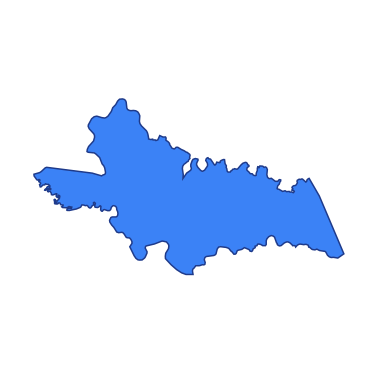 the district of Boane, Maputo, Mozambique, rotated 98°
{"feature_id": "85939544B68927430168058", "entity_name": "Boane", "entity_type": "district", "adm_level": 2, "iso_a3": "MOZ", "parent_name": "Mozambique", "parent_adm1": "Maputo", "projection": "robinson", "projection_center": [32.342, -26.029], "detail": "fine", "context": "isolated", "style": "filled", "palette": "blue", "viewbox_px": 384, "rotation_deg": 98, "n_neighbors": 0, "source": "geoboundaries", "source_scale": "gbopen_adm2", "svg_char_len": 6107}
<svg xmlns="http://www.w3.org/2000/svg" viewBox="0 0 384 384"><g transform="rotate(98 192 192)"><path d="M261.9,169.2L260.0,169.1L257.4,170.4L255.3,170.2L254.2,169.3L253.8,168.6L251.8,161.5L250.8,160.1L249.9,159.6L245.0,159.1L242.9,158.0L242.2,156.2L242.1,150.6L242.5,148.5L242.9,147.5L245.1,145.2L245.5,144.3L247.8,141.8L247.4,140.3L246.6,139.7L244.0,139.1L243.3,138.3L241.9,134.7L239.8,132.3L241.1,127.4L242.5,126.3L242.6,124.6L241.7,123.9L239.8,123.5L238.3,121.7L236.9,122.0L236.1,120.2L234.6,119.8L234.2,118.5L234.4,116.5L235.3,114.5L234.9,111.8L233.6,111.2L229.9,111.7L227.9,111.3L225.6,109.8L224.1,107.6L224.3,105.6L225.2,104.0L230.6,101.2L231.2,100.4L232.2,100.2L232.9,99.1L233.2,97.7L232.6,96.2L229.5,93.4L228.2,91.2L228.1,89.8L228.7,88.0L230.3,85.7L231.2,84.8L230.8,83.5L231.0,82.3L232.1,81.7L229.9,80.2L228.8,78.6L228.5,77.4L228.6,73.9L228.1,72.7L228.0,71.3L228.6,69.4L230.3,68.8L230.4,67.8L231.9,65.6L232.2,64.7L232.2,62.2L231.2,60.4L232.2,57.6L232.3,52.0L232.9,51.1L235.8,49.0L237.1,47.0L237.5,45.1L237.0,42.8L237.1,38.4L232.1,33.0L178.2,65.4L162.2,77.9L162.6,78.6L163.8,79.7L165.6,80.0L166.3,80.7L163.8,84.4L163.9,85.5L164.5,86.3L164.4,87.7L165.8,89.4L166.8,89.5L168.2,88.9L170.4,89.8L171.3,90.8L171.5,91.9L172.1,92.8L173.3,93.6L173.8,93.6L174.8,92.6L176.2,93.4L176.4,91.7L177.1,90.8L178.5,91.4L178.5,92.2L178.0,93.3L178.5,94.8L177.9,95.8L178.5,98.5L177.8,100.0L178.8,102.3L177.2,106.3L177.1,107.9L176.7,108.2L173.9,108.0L172.1,106.7L169.8,106.3L168.8,105.7L167.7,105.8L167.5,106.8L167.8,107.5L169.5,108.6L169.8,111.0L167.4,115.3L168.0,117.3L167.8,118.1L166.8,119.3L164.4,120.3L159.3,120.5L157.6,121.5L157.0,122.5L157.0,123.1L157.6,124.0L156.6,125.5L156.7,127.8L156.9,128.6L158.6,129.0L158.6,129.5L157.8,130.0L157.8,130.4L159.6,130.6L161.5,130.3L164.4,131.0L166.5,130.8L166.9,131.3L167.0,132.8L166.6,133.8L165.6,134.8L165.7,136.9L164.2,138.5L163.0,140.4L162.1,140.9L160.7,140.8L160.1,140.7L158.7,139.2L157.8,139.3L157.4,139.8L157.3,140.6L156.0,141.3L155.3,142.1L155.2,143.3L156.4,145.6L158.3,147.2L162.8,150.0L163.2,150.8L163.0,153.2L163.5,153.6L163.8,154.8L165.3,155.7L165.9,156.6L166.8,156.8L167.2,158.2L167.1,159.4L166.4,160.1L164.1,160.8L162.9,161.6L161.3,161.6L159.3,163.2L155.4,164.3L155.5,165.5L156.7,167.5L157.7,168.4L158.8,168.3L159.1,168.7L159.0,171.7L160.9,172.1L162.1,173.0L162.1,173.5L157.0,178.1L156.8,178.5L156.8,179.9L155.8,181.0L156.1,181.7L157.3,182.6L158.9,182.8L161.0,181.0L162.6,180.4L164.1,180.3L168.7,182.6L170.0,184.5L169.8,185.6L169.1,186.8L166.8,189.6L164.6,191.2L162.8,191.4L159.5,190.4L158.6,190.8L158.4,193.4L159.5,195.5L161.0,196.2L164.7,197.0L166.7,196.8L168.7,195.9L170.1,196.1L171.0,196.7L174.0,199.9L179.8,202.8L176.0,203.1L170.1,204.8L167.8,204.8L165.7,203.8L164.2,202.2L163.1,201.4L162.2,200.1L160.7,199.8L159.2,198.7L158.0,199.2L156.1,199.0L155.1,199.4L153.4,202.3L153.3,203.3L152.2,205.6L151.3,208.7L149.7,212.3L149.9,213.9L151.6,215.2L151.8,215.7L151.4,217.9L148.0,220.8L147.0,221.0L145.6,222.6L144.4,225.0L142.1,225.2L141.2,225.9L141.6,228.4L140.6,231.8L145.1,233.1L146.1,234.9L145.5,235.8L145.8,236.8L145.7,238.5L145.2,238.5L145.8,240.4L145.5,242.4L144.9,242.4L141.3,243.6L139.3,244.5L137.7,245.7L133.6,251.2L131.5,253.1L129.4,253.9L123.8,254.3L121.6,255.6L120.2,256.9L119.4,259.0L119.4,261.3L120.0,263.9L119.9,265.5L119.3,267.2L118.0,268.2L112.1,269.7L110.5,270.7L109.7,272.1L109.5,273.8L110.2,276.7L112.3,278.3L116.1,279.7L119.5,282.2L123.4,283.1L128.5,285.7L130.2,287.4L130.9,288.8L130.9,291.7L130.2,296.3L130.2,297.1L131.1,299.4L133.5,301.6L140.0,304.0L141.6,303.9L143.7,302.6L148.0,297.4L149.4,296.5L151.3,296.1L155.2,296.6L161.3,300.7L164.3,301.6L166.6,301.6L167.1,300.4L166.9,294.2L167.8,292.4L170.8,288.2L176.7,284.9L178.4,283.0L180.3,281.8L184.5,280.4L185.8,280.4L186.7,280.9L187.7,282.8L188.6,283.7L187.2,293.4L187.8,339.4L188.5,340.7L192.7,344.1L194.0,345.6L196.4,351.0L198.1,350.6L201.5,347.4L201.7,346.2L201.0,345.5L200.9,344.9L201.3,344.3L201.8,344.3L202.6,345.2L203.1,345.1L203.5,344.0L204.3,343.1L205.1,343.2L205.8,344.0L208.1,343.0L208.0,342.3L205.8,340.5L205.4,338.8L204.3,338.3L204.6,336.9L204.4,335.2L205.6,333.6L206.2,333.5L206.5,334.0L206.3,335.0L207.1,336.1L208.7,336.7L210.0,338.0L210.7,338.1L210.7,337.0L209.0,335.5L207.7,333.4L208.4,332.3L209.1,332.3L209.2,333.8L209.7,334.6L210.2,335.0L211.6,335.0L211.8,334.1L211.2,333.4L211.0,332.6L212.8,331.2L214.2,330.8L214.3,329.4L212.6,326.3L212.6,325.8L215.0,326.0L215.9,325.1L216.3,323.8L215.9,323.3L214.9,324.0L213.9,324.2L213.7,323.7L214.1,322.6L214.7,322.3L216.7,322.4L218.0,323.1L219.4,324.4L221.5,324.5L221.9,325.1L221.3,326.1L219.3,325.9L218.5,326.2L218.4,327.1L219.0,327.5L221.1,326.6L222.2,326.6L222.8,326.1L222.7,323.9L222.3,323.1L221.3,322.4L221.3,321.4L221.8,320.8L222.8,320.4L222.9,317.8L223.6,317.8L224.8,319.0L225.4,318.0L225.1,314.2L224.7,313.2L223.5,311.8L223.7,308.9L225.0,309.1L225.1,311.5L225.9,313.1L227.3,313.5L227.6,313.1L227.4,311.0L224.9,304.1L222.6,300.2L220.1,299.2L220.0,297.3L220.4,295.8L219.9,294.2L220.5,293.1L221.6,292.2L222.1,290.9L221.9,290.3L221.4,289.8L219.4,288.8L218.8,287.9L218.1,287.6L216.4,288.1L215.8,287.5L216.6,286.1L219.5,286.4L220.6,285.8L220.5,283.3L219.8,282.2L218.6,281.3L218.5,280.7L218.9,280.2L222.4,280.0L223.5,279.0L223.5,278.1L222.0,277.2L221.6,276.3L222.2,273.0L221.9,271.0L220.7,270.1L218.3,269.7L216.6,268.4L216.4,267.5L216.8,265.6L218.1,264.5L219.9,264.1L222.0,262.8L223.9,262.3L225.7,262.4L227.0,263.2L227.3,264.1L227.8,267.6L228.6,268.8L231.5,269.7L233.2,269.2L235.8,267.0L238.0,264.4L242.1,261.0L242.5,259.0L241.7,256.0L241.8,254.9L243.2,253.2L245.9,251.0L246.3,250.0L246.2,247.4L247.5,245.9L249.4,244.6L251.2,244.3L254.9,246.0L263.2,240.4L265.5,238.3L266.7,236.1L266.7,234.4L266.2,231.9L264.0,229.8L262.8,229.2L258.9,228.1L257.4,228.2L254.1,230.5L252.8,230.5L251.8,229.9L248.7,222.0L245.0,215.3L244.7,214.2L245.0,210.3L247.2,208.0L248.6,207.4L251.4,207.4L256.3,209.5L259.3,209.5L261.7,209.0L267.0,202.5L271.0,196.4L273.5,191.0L274.5,186.4L273.5,179.5L270.6,180.4L269.1,180.6L268.3,180.4L266.9,179.3L264.5,178.0L263.9,174.2L262.6,171.7L262.5,170.1L261.9,169.2Z" fill="#3b82f6" stroke="#1e3a8a" stroke-width="1.5"/></g></svg>